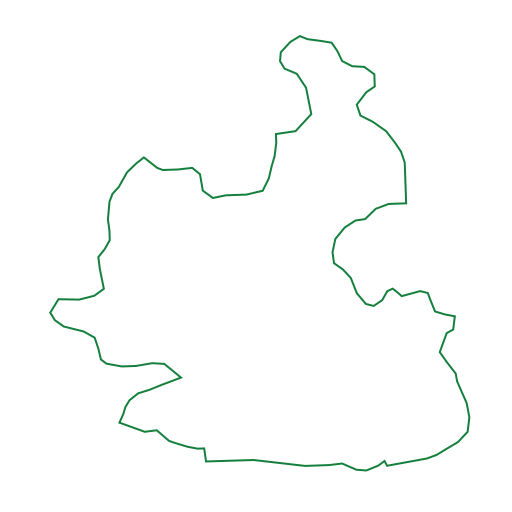 outline of Wonju-si, Gangwon, South Korea, rotated 268°
{"feature_id": "91817680B41990583973423", "entity_name": "Wonju-si", "entity_type": "district", "adm_level": 2, "iso_a3": "KOR", "parent_name": "South Korea", "parent_adm1": "Gangwon", "projection": "natural_earth1", "projection_center": [127.964, 37.315], "detail": "fine", "context": "isolated", "style": "outline", "palette": "green", "viewbox_px": 512, "rotation_deg": 268, "n_neighbors": 0, "source": "geoboundaries", "source_scale": "gbopen_adm2", "svg_char_len": 1761}
<svg xmlns="http://www.w3.org/2000/svg" viewBox="0 0 512 512"><g transform="rotate(268 256 256)"><path d="M94.2,113.7L84.2,138.7L85.3,150.7L74.3,162.6L72.1,168.1L67.7,181.1L65.5,190.9L65.5,197.5L52.4,198.9L52.2,246.5L44.5,297.7L44.5,321.7L45.6,334.8L38.9,348.9L37.8,358.8L42.2,370.8L46.6,377.3L41.8,379.7L47.7,419.9L51.0,429.7L56.5,439.5L63.1,451.5L73.0,461.4L87.4,463.6L101.7,461.4L112.7,457.0L123.7,452.6L131.5,451.5L143.6,442.8L153.5,436.3L172.3,443.9L175.6,450.5L188.8,452.6L191.0,442.8L194.3,433.0L206.4,428.6L213.0,426.4L215.2,418.8L210.8,400.2L213.0,398.0L218.6,391.5L216.3,386.0L207.5,380.6L202.0,371.9L204.2,364.2L215.2,355.5L230.7,350.0L239.5,342.4L246.1,333.7L257.1,332.6L270.3,335.9L281.4,345.7L288.0,356.6L289.1,366.4L299.0,377.3L303.4,390.4L303.4,407.9L344.2,407.9L355.2,404.6L364.0,399.1L376.2,390.4L386.1,377.3L392.7,365.3L403.7,362.0L415.8,371.9L421.3,380.6L433.5,380.6L441.2,370.8L442.3,358.8L447.8,348.9L457.7,344.6L466.5,339.1L468.7,328.2L470.9,315.1L474.2,307.5L468.7,297.7L458.7,287.9L449.9,286.8L442.2,291.1L436.7,303.1L422.4,311.9L395.9,316.2L379.4,299.9L377.2,280.2L368.4,280.2L355.2,278.1L345.2,274.8L333.1,271.5L321.0,265.0L317.7,248.6L317.7,228.0L315.5,214.9L323.2,205.1L339.7,202.9L346.3,195.3L345.2,181.1L345.2,165.9L347.4,160.5L358.4,147.4L352.9,139.8L344.1,130.0L329.8,121.3L323.2,114.8L315.5,111.5L297.8,109.3L286.8,110.4L276.9,110.4L268.1,105.0L260.4,98.4L248.3,99.5L228.5,102.8L221.9,93.0L218.6,77.8L219.7,57.1L206.5,48.4L198.8,52.8L192.2,61.5L186.6,81.1L180.0,91.9L169.0,95.2L158.0,97.4L153.6,102.8L150.3,118.0L150.3,132.2L152.5,148.5L151.4,160.5L144.8,168.1L137.1,176.8L133.8,167.0L130.5,157.2L126.1,145.2L122.8,133.3L116.2,124.5L109.6,120.2L103.0,118.0L94.2,113.7Z" fill="none" stroke="#15803d" stroke-width="2"/></g></svg>